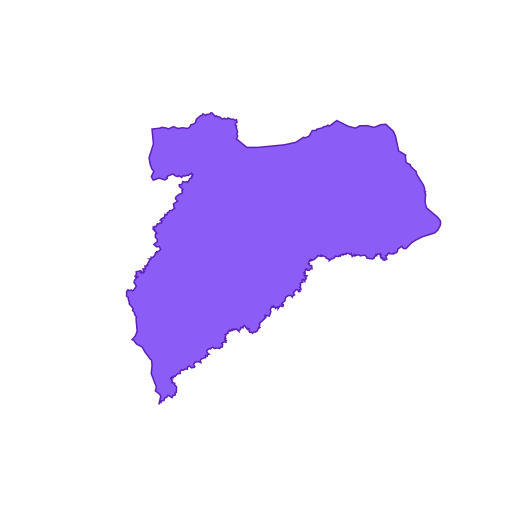 Chai Wan, Udon Thani, Thailand (orthographic projection), rotated 117°
{"feature_id": "78962969B11605835659379", "entity_name": "Chai Wan", "entity_type": "district", "adm_level": 2, "iso_a3": "THA", "parent_name": "Thailand", "parent_adm1": "Udon Thani", "projection": "orthographic", "projection_center": [103.294, 17.228], "detail": "fine", "context": "isolated", "style": "filled", "palette": "violet", "viewbox_px": 512, "rotation_deg": 117, "n_neighbors": 0, "source": "geoboundaries", "source_scale": "gbopen_adm2", "svg_char_len": 6146}
<svg xmlns="http://www.w3.org/2000/svg" viewBox="0 0 512 512"><g transform="rotate(117 256 256)"><path d="M201.5,139.8L199.4,138.0L196.9,140.6L195.7,139.5L192.8,139.2L193.3,137.8L191.7,134.3L191.1,134.6L189.7,132.7L188.1,132.1L185.2,132.7L181.2,130.4L182.4,128.0L181.3,125.7L173.6,123.4L169.2,120.8L163.3,116.5L154.5,107.4L150.4,105.8L145.2,105.7L142.7,106.5L140.8,107.9L139.0,111.8L135.7,125.9L131.2,129.9L123.7,133.0L123.3,134.2L121.6,134.2L121.2,135.7L119.6,136.2L116.9,138.9L110.2,150.0L108.1,151.6L106.0,158.7L104.6,160.1L104.6,164.6L99.5,168.1L98.2,168.3L97.6,176.6L85.9,186.1L82.5,190.2L79.7,200.2L82.5,204.6L87.8,209.2L89.4,216.2L93.0,222.8L96.9,225.3L98.6,233.0L98.6,245.5L106.8,249.5L106.8,251.5L108.7,252.4L110.3,254.7L111.3,254.6L115.6,259.5L116.8,259.4L118.7,262.8L125.0,263.1L128.5,265.9L128.5,267.4L136.8,272.3L144.2,281.4L158.2,303.3L163.4,313.4L160.6,326.5L157.4,326.8L156.1,328.5L153.8,328.7L150.2,332.2L149.0,332.3L149.0,333.6L147.1,334.5L145.5,333.6L143.4,335.3L144.7,336.4L144.3,338.2L145.5,340.4L145.7,343.7L147.5,344.0L147.6,346.8L149.3,348.1L148.6,351.8L149.5,353.4L149.1,355.0L150.2,355.6L148.5,360.2L148.9,361.2L150.6,361.6L152.2,364.1L153.5,364.5L153.5,367.9L155.5,368.0L156.1,369.1L161.2,371.2L164.7,370.5L166.9,371.6L168.5,373.6L171.3,373.5L173.4,374.9L175.2,380.0L177.8,383.3L178.2,388.3L182.8,392.0L182.6,393.7L184.2,398.6L185.5,399.3L190.1,406.3L202.7,398.3L217.1,395.9L223.0,391.3L225.6,388.4L227.1,385.4L232.8,385.3L235.1,382.0L230.6,377.8L229.5,371.6L227.0,370.2L226.1,371.2L225.1,371.1L220.9,367.6L220.5,366.0L221.2,365.4L221.1,363.0L220.7,361.6L219.4,361.4L219.8,357.9L217.8,357.6L217.0,355.6L214.9,353.6L215.1,353.0L211.5,351.0L212.2,349.4L212.9,349.8L213.4,348.9L215.1,349.6L215.9,348.7L217.0,350.1L221.4,350.1L221.1,351.4L222.4,352.8L222.9,355.0L226.2,354.6L227.3,356.8L228.7,356.0L230.0,351.3L231.6,351.7L232.4,350.5L234.0,350.6L235.8,352.4L239.5,354.1L241.5,353.9L242.7,350.7L247.1,353.2L249.6,351.4L250.3,350.1L253.6,351.8L254.8,353.6L256.7,353.6L257.5,354.6L259.9,354.2L260.2,356.0L263.9,355.0L264.1,356.0L266.6,357.6L267.4,355.9L267.9,356.6L267.9,355.5L269.7,355.2L270.3,356.7L272.0,357.5L272.0,358.5L275.0,358.3L275.6,359.6L276.9,359.8L276.7,360.7L279.0,359.7L278.5,358.1L279.6,358.0L280.2,355.7L281.2,355.5L280.9,354.8L282.5,355.5L285.0,354.2L286.1,351.3L288.2,350.5L292.1,352.3L293.0,348.8L291.5,346.5L293.4,344.0L295.9,344.8L297.1,346.4L298.1,345.8L298.5,346.9L301.5,346.5L304.0,347.4L304.7,348.9L306.2,348.2L307.0,349.5L307.0,348.7L311.4,349.1L312.8,348.5L313.6,349.1L314.1,348.5L315.6,350.5L317.5,348.5L318.9,350.9L320.5,349.1L319.4,348.5L322.0,348.6L321.9,350.4L323.1,350.1L323.3,351.2L321.9,351.1L321.4,352.1L324.5,355.6L326.8,354.1L329.0,354.6L329.5,353.4L328.8,353.5L328.2,352.1L332.7,353.2L335.2,352.6L335.5,351.0L336.5,350.4L337.1,348.9L342.6,349.6L343.2,350.5L342.8,351.4L344.5,353.6L344.2,354.7L346.5,355.1L350.7,353.0L350.8,351.2L353.7,349.2L354.3,348.0L356.2,347.3L358.0,342.8L358.8,341.7L360.6,341.2L361.6,338.5L362.9,338.0L364.8,334.6L366.1,334.6L376.9,327.8L381.7,327.2L386.8,328.4L386.6,326.7L388.7,322.5L388.8,316.0L391.9,311.4L395.9,303.4L396.1,301.8L401.0,298.8L408.3,296.0L417.9,285.3L421.9,284.4L422.8,279.1L424.5,277.1L432.3,275.2L429.7,275.1L429.6,274.1L428.1,274.6L426.6,272.4L424.2,272.9L422.3,271.5L419.9,271.1L420.3,266.5L417.8,266.5L416.6,264.9L414.9,265.8L413.7,265.1L408.7,267.3L407.5,270.3L406.3,270.6L406.9,273.6L405.6,273.5L404.1,275.9L403.4,274.9L403.1,276.3L401.8,275.7L401.6,274.5L400.5,275.0L400.1,273.5L396.7,272.6L395.0,270.2L393.5,271.2L391.6,270.8L390.6,268.8L388.6,267.6L388.0,265.8L386.3,266.7L384.3,265.6L385.0,262.7L383.1,260.3L382.1,260.4L381.7,261.9L380.6,262.4L378.1,261.9L376.2,259.1L376.0,256.7L374.2,258.2L373.2,258.2L370.2,256.1L369.6,254.8L367.5,255.6L367.4,254.0L365.4,254.3L364.7,253.3L364.2,255.8L362.5,256.9L361.1,256.4L359.7,255.4L359.5,254.3L357.7,253.9L356.9,252.6L357.3,251.2L355.3,248.4L355.0,246.3L353.2,246.1L352.3,244.7L349.9,245.6L349.5,246.9L347.0,245.4L346.5,243.8L345.2,245.5L345.5,244.1L344.9,243.8L344.3,246.1L343.0,245.5L342.8,246.6L340.1,246.9L339.9,247.7L337.6,245.9L336.8,246.7L335.1,245.7L334.2,246.0L334.3,244.4L332.5,244.3L331.9,243.5L332.6,243.0L331.1,242.5L331.4,241.6L329.9,240.5L330.8,237.2L330.0,238.0L329.9,237.1L328.1,236.6L326.9,236.7L326.8,237.6L325.8,234.9L325.2,235.5L323.2,235.1L325.3,230.1L324.7,229.5L324.1,229.9L324.2,228.8L326.3,227.9L326.9,226.6L326.0,225.6L326.4,224.0L324.3,223.2L324.3,222.2L322.7,221.0L320.4,221.1L318.0,220.2L318.2,221.0L315.5,221.4L315.0,222.4L306.5,219.4L306.4,220.2L305.0,219.8L305.5,220.6L304.6,221.0L303.5,216.8L298.8,217.5L297.3,219.0L293.9,218.9L294.3,218.3L292.7,217.8L293.5,217.0L292.9,215.2L293.7,214.8L292.7,214.4L292.2,212.7L292.8,212.4L291.3,212.2L291.1,213.0L289.4,211.7L288.9,209.2L287.4,209.2L286.8,209.9L287.4,211.1L286.5,211.5L283.0,209.9L279.2,210.8L276.6,209.2L275.4,207.3L276.1,205.0L275.3,205.3L273.2,204.0L272.1,206.0L267.5,204.9L267.3,203.3L268.5,201.5L267.4,200.8L267.3,201.8L266.2,201.8L265.5,200.7L264.2,201.5L264.0,202.7L261.9,202.8L260.4,204.4L257.9,202.4L257.9,203.3L256.3,204.1L255.4,203.5L256.4,201.0L254.9,201.6L253.4,200.9L252.5,202.2L250.5,201.6L251.4,203.7L251.1,204.5L250.2,204.0L249.4,204.2L249.3,205.4L248.7,204.6L247.9,205.5L244.6,205.5L244.3,204.7L245.4,203.9L244.6,202.0L242.7,201.7L241.9,200.3L239.2,202.1L240.0,203.8L239.4,205.3L238.6,205.1L238.8,206.1L235.3,206.2L235.5,205.2L234.0,205.3L233.9,204.4L234.6,204.3L233.0,202.8L228.4,201.0L227.7,201.4L226.6,197.5L225.7,198.3L225.1,193.2L226.0,192.5L226.0,189.1L227.0,188.6L226.1,188.1L225.5,188.8L223.5,186.3L221.7,185.2L220.2,185.4L219.1,182.4L218.0,181.9L218.1,180.9L216.3,181.0L215.9,179.7L214.8,179.6L215.3,178.6L213.6,177.6L213.7,176.6L212.4,176.6L211.8,175.4L211.8,172.5L210.7,172.1L212.8,170.0L210.9,169.2L211.1,168.0L209.7,168.4L210.1,167.2L208.4,165.2L208.5,163.1L205.9,159.6L206.5,157.0L207.6,156.1L205.6,150.6L203.9,149.7L203.0,150.3L201.7,149.5L200.3,149.8L200.7,148.7L199.6,149.0L197.6,146.4L198.4,146.0L198.3,145.0L199.6,145.3L200.6,144.0L200.2,142.9L201.1,143.0L200.7,142.2L201.6,141.2L200.7,140.2L201.5,139.8Z" fill="#8b5cf6" stroke="#5b21b6" stroke-width="1.5"/></g></svg>